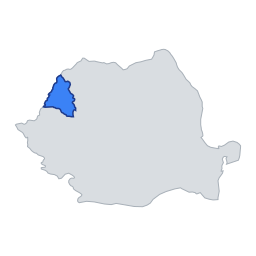 location of Bihor within Romania
{"feature_id": "ROU-277", "entity_name": "Bihor", "entity_type": "County", "adm_level": 1, "iso_a3": "ROU", "parent_name": "Romania", "parent_adm1": "", "projection": "orthographic", "projection_center": [22.195, 46.981], "detail": "fine", "context": "in_parent", "style": "filled", "palette": "blue", "viewbox_px": 256, "rotation_deg": 0, "n_neighbors": 0, "source": "natural_earth", "source_scale": "10m", "svg_char_len": 5298}
<svg xmlns="http://www.w3.org/2000/svg" viewBox="0 0 256 256"><path d="M204.7,142.4L207.4,145.7L210.7,147.3L218.3,148.7L218.9,148.4L218.9,148.0L218.4,147.6L218.3,146.9L218.6,146.1L219.6,146.0L221.3,146.5L224.4,145.2L228.8,142.0L233.0,141.1L237.0,142.4L239.2,144.1L240.6,145.8L240.5,148.1L240.3,149.5L239.8,155.4L239.3,157.7L238.4,160.2L226.5,164.2L227.1,162.8L226.6,160.4L226.0,158.6L227.0,156.8L224.2,156.4L223.1,157.4L222.3,159.1L223.4,162.7L222.2,164.9L221.8,166.1L222.0,168.7L221.3,170.0L221.2,171.3L223.1,170.8L222.5,173.2L219.1,177.9L218.0,180.7L219.2,191.2L218.0,197.7L218.0,199.6L214.1,199.9L212.9,199.9L209.1,199.2L204.8,197.9L202.1,194.8L200.3,192.6L196.9,193.9L196.2,193.7L195.1,192.6L192.4,192.0L189.1,192.2L181.4,188.5L180.6,187.8L174.8,188.9L166.2,191.5L159.6,194.4L153.0,199.4L150.3,203.1L147.1,205.1L142.6,206.7L134.3,206.5L125.6,205.0L116.2,203.4L111.3,204.6L104.5,204.0L94.2,201.9L86.6,201.3L79.2,202.7L77.9,201.7L77.6,200.6L77.9,198.9L78.9,197.6L80.7,196.5L81.7,195.5L81.8,194.4L79.7,192.8L75.5,190.5L73.8,189.1L73.4,188.7L73.3,187.4L72.4,186.4L70.8,185.7L69.6,184.3L68.7,182.4L68.8,180.6L70.1,178.8L71.7,178.1L73.6,178.3L74.5,177.8L74.1,176.6L72.2,175.1L68.7,173.2L65.2,174.2L61.5,178.2L58.9,178.8L57.3,176.1L54.5,174.6L50.4,174.0L47.9,173.0L47.0,171.5L45.2,170.3L41.3,169.0L41.2,167.8L41.9,167.5L43.3,167.4L45.1,167.2L45.4,166.5L45.5,165.9L44.0,165.1L42.5,164.6L41.7,164.0L41.2,163.4L41.2,162.8L41.6,162.4L42.2,162.4L42.8,162.0L43.1,160.6L43.9,159.4L44.5,159.0L44.5,158.1L43.9,157.3L43.1,156.6L41.9,156.2L38.2,154.9L36.3,153.1L35.2,153.1L33.4,152.1L31.5,150.6L29.8,148.4L28.0,147.0L27.5,146.5L27.5,145.9L27.8,145.3L27.8,144.7L27.4,142.6L27.8,140.4L27.7,138.4L27.7,137.4L27.4,137.2L27.0,137.5L26.6,137.8L26.1,137.9L24.8,136.4L23.2,133.3L22.1,132.2L19.9,130.8L18.0,129.6L16.7,127.0L15.4,125.0L16.3,124.2L21.7,123.1L24.1,124.3L25.3,123.9L26.4,123.0L27.0,122.3L27.1,121.5L27.7,120.6L29.5,120.1L34.2,120.8L36.2,119.5L36.9,118.7L37.3,117.1L37.9,115.8L39.6,115.1L39.6,113.9L39.3,112.6L40.3,109.7L41.0,108.5L41.9,108.0L43.1,107.1L45.1,105.2L44.7,103.5L45.1,102.3L47.2,99.3L48.8,96.4L48.8,95.0L49.0,93.7L50.4,92.3L51.9,90.5L53.9,84.9L54.6,83.9L55.9,82.8L56.8,81.8L56.9,78.1L57.8,77.0L59.5,75.8L61.2,73.9L62.5,71.6L63.6,70.5L65.0,70.2L66.5,69.3L68.2,69.0L69.8,69.4L70.8,69.2L72.4,68.0L76.4,63.8L76.9,63.0L77.7,62.4L81.0,60.9L81.8,59.5L82.8,58.1L84.3,58.2L89.0,61.4L94.0,61.1L94.9,61.2L95.2,61.2L95.8,61.5L102.5,62.9L103.6,62.7L103.9,62.6L106.6,63.9L108.9,63.6L111.2,62.7L113.5,62.3L115.7,62.8L117.4,64.6L121.8,68.4L123.1,69.8L125.0,69.5L127.2,68.7L129.3,66.0L135.9,62.7L140.9,61.8L145.9,60.3L151.6,59.2L153.1,56.7L154.0,55.0L154.5,51.9L157.5,50.8L160.4,50.0L161.4,49.6L163.6,49.3L165.2,49.5L167.9,50.9L169.8,52.7L170.6,54.1L172.3,56.2L174.1,59.1L176.2,62.9L176.7,64.9L177.5,67.1L179.0,69.6L181.8,72.4L182.2,72.9L183.5,74.9L186.1,79.3L188.1,81.1L189.9,82.9L190.8,84.9L192.1,86.6L195.1,88.8L197.5,90.9L199.8,97.0L201.3,99.9L202.2,102.0L202.2,106.5L202.8,108.4L202.1,112.0L200.7,119.3L200.7,124.9L201.2,127.9L201.4,129.9L202.0,131.1L202.7,133.6L202.9,135.8L202.3,136.5L201.4,137.1L201.0,137.6L202.0,138.6L203.3,140.4L204.7,142.4Z" fill="#d9dde1" stroke="#a8b0b8" stroke-width="1"/><path d="M43.4,106.8L43.4,106.6L43.7,106.2L44.3,106.1L44.8,105.9L45.2,105.2L45.3,104.6L44.7,104.1L44.5,103.9L44.5,103.7L44.7,103.3L44.8,103.2L45.3,101.8L45.6,101.2L46.1,100.8L46.9,100.6L47.2,100.4L47.4,99.9L47.4,99.6L47.3,99.2L47.3,98.8L47.3,98.4L47.4,98.2L48.5,97.4L48.7,97.1L49.2,95.5L49.3,95.4L49.2,95.4L49.0,95.0L48.9,94.9L48.6,94.8L48.4,94.7L48.4,94.4L49.3,93.3L49.8,92.9L50.9,92.1L51.4,91.6L51.6,91.3L51.7,90.7L51.8,90.4L52.0,90.1L52.5,89.6L52.7,89.3L52.9,88.9L52.9,88.6L52.8,88.3L52.8,87.9L52.9,87.5L53.2,87.0L53.3,86.7L53.6,85.5L53.7,85.1L54.6,83.8L55.0,83.3L55.5,83.1L56.5,82.8L56.9,81.8L56.9,80.7L56.7,79.5L56.7,78.5L57.1,77.6L57.8,76.9L59.2,75.8L60.3,75.5L60.5,75.4L60.8,75.1L61.3,75.9L61.6,76.6L61.8,76.9L62.1,77.2L63.0,77.9L63.4,78.4L63.7,79.0L64.4,80.1L64.6,80.5L64.9,81.2L65.0,81.4L65.2,81.6L65.6,81.7L65.8,81.6L66.0,81.6L66.4,81.6L66.8,81.6L67.0,81.6L67.5,81.3L67.8,81.2L68.0,81.3L68.3,81.5L68.7,81.8L69.4,82.2L69.7,82.4L69.9,82.8L70.1,83.7L70.3,84.3L70.1,85.2L69.9,85.5L69.7,86.0L69.5,86.5L69.5,86.8L69.4,87.1L69.3,87.3L68.7,88.2L68.5,88.4L68.3,88.6L68.3,89.1L68.6,89.8L69.6,91.4L70.3,92.7L70.4,93.0L70.6,93.2L70.8,93.5L72.3,94.3L73.2,95.2L73.6,95.9L73.4,96.4L72.9,97.4L72.8,97.7L72.8,97.9L73.0,98.1L74.2,98.5L74.5,98.8L74.7,99.1L74.6,99.8L74.5,100.2L74.3,100.5L74.2,100.8L74.1,101.0L73.8,101.2L73.0,101.6L72.7,101.8L72.5,102.0L72.4,102.3L72.4,102.5L72.4,102.8L72.7,103.2L73.6,104.1L74.0,104.6L74.3,105.3L74.7,106.9L74.9,107.3L75.1,107.5L75.4,107.6L75.6,107.9L75.7,108.1L75.6,109.0L75.6,110.3L75.2,110.0L74.7,109.9L74.4,109.9L74.1,110.0L73.9,110.1L73.6,110.5L73.3,111.1L73.0,112.0L72.9,112.8L73.0,114.9L73.4,116.7L72.4,116.7L71.3,116.7L69.5,116.3L67.4,116.2L67.0,116.2L66.7,116.0L66.4,115.6L66.3,115.2L66.2,114.9L66.0,114.7L64.3,114.1L63.2,113.1L62.8,112.9L62.2,112.7L61.7,112.4L61.4,112.0L61.1,111.4L60.6,110.1L60.4,109.7L60.2,109.4L59.7,109.0L59.5,108.8L59.0,108.6L58.4,108.5L56.3,108.4L55.8,108.2L55.5,107.9L55.1,107.6L54.8,107.5L54.3,107.6L54.0,107.5L53.7,107.4L53.5,107.2L53.4,107.0L52.8,106.8L45.0,107.2L43.9,106.9L43.4,106.8Z" fill="#3b82f6" stroke="#1e3a8a" stroke-width="1.5"/></svg>